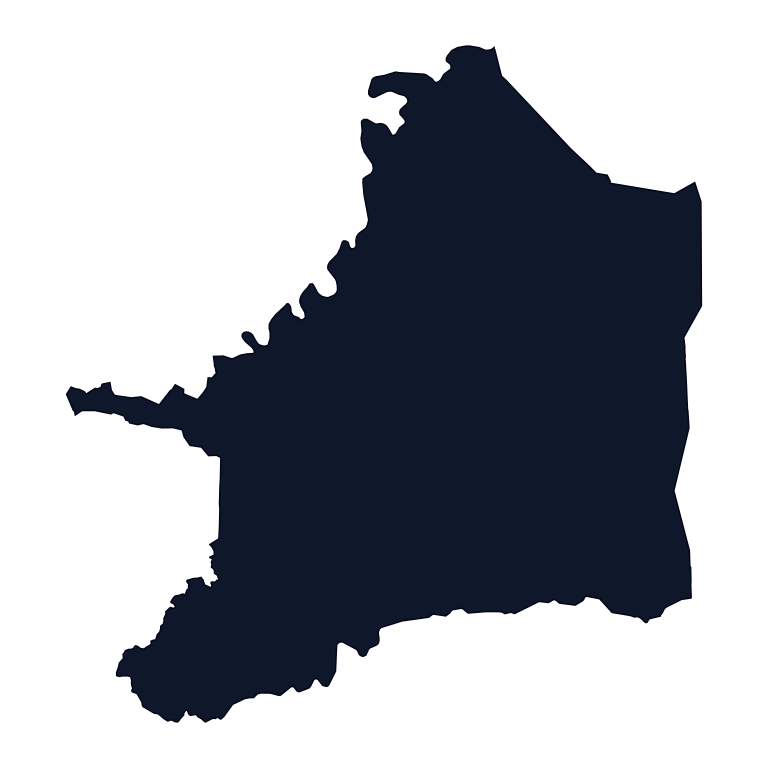 outline of Vijciema pag., Valkas, Latvia
{"feature_id": "27541924B32036118272462", "entity_name": "Vijciema pag.", "entity_type": "district", "adm_level": 2, "iso_a3": "LVA", "parent_name": "Latvia", "parent_adm1": "Valkas", "projection": "mercator", "projection_center": [25.957, 57.603], "detail": "fine", "context": "isolated", "style": "filled", "palette": "ink", "viewbox_px": 768, "rotation_deg": 0, "n_neighbors": 0, "source": "geoboundaries", "source_scale": "gbopen_adm2", "svg_char_len": 6071}
<svg xmlns="http://www.w3.org/2000/svg" viewBox="0 0 768 768"><path d="M660.2,616.1L660.3,615.2L661.8,613.5L664.2,608.9L665.9,607.2L681.4,599.4L691.0,598.0L691.2,597.5L690.7,585.4L690.9,581.5L690.6,567.4L689.8,566.0L689.4,550.7L673.8,490.8L688.9,427.9L687.8,410.5L687.5,410.4L686.2,379.8L684.9,357.9L685.2,357.2L684.6,348.6L684.8,348.6L684.7,345.8L683.7,337.5L701.4,305.8L700.9,201.8L694.7,182.6L674.4,194.0L610.2,183.3L610.1,181.1L607.2,175.2L595.1,173.2L595.4,172.6L588.6,165.8L570.4,148.7L506.1,80.4L501.4,76.2L494.7,49.5L494.1,48.9L494.1,47.6L491.8,49.3L489.3,50.2L485.3,50.4L479.2,47.7L469.3,46.1L465.6,46.2L457.6,47.6L451.8,50.6L447.6,55.9L446.4,58.5L446.4,60.9L450.5,64.3L451.2,66.3L450.8,69.2L443.9,74.3L441.0,79.6L439.1,81.4L437.3,82.3L435.8,82.6L434.3,81.7L432.0,78.8L426.6,75.2L424.3,74.2L399.2,72.7L395.7,72.1L384.5,75.5L375.7,77.0L373.3,78.2L372.1,79.6L368.7,91.0L368.8,94.1L369.8,95.8L371.9,97.1L374.3,97.4L385.1,92.2L387.4,91.2L389.6,91.0L392.1,91.1L398.7,94.0L404.5,95.5L406.9,97.7L407.6,99.0L408.0,100.7L407.7,102.6L406.1,104.6L401.6,108.5L400.2,110.2L399.8,112.4L400.2,114.5L404.1,118.7L405.2,120.5L405.5,122.0L404.9,123.7L399.6,127.9L396.6,133.3L395.6,134.5L393.7,135.5L392.1,135.2L391.6,134.7L388.4,129.0L386.0,125.8L383.6,124.3L380.7,123.6L376.6,124.2L374.8,123.8L367.2,119.5L363.7,119.5L362.0,120.8L361.5,122.1L362.2,131.4L361.1,138.6L362.3,146.3L364.4,151.9L372.5,163.8L373.3,167.6L372.9,170.9L371.1,173.6L364.8,177.5L363.1,179.0L363.0,182.9L364.1,195.0L368.7,219.7L367.6,224.6L365.9,228.2L359.4,233.0L357.7,234.9L356.5,237.1L355.9,240.7L356.2,245.7L354.9,248.0L352.3,249.0L351.0,248.6L349.8,247.3L348.9,245.3L348.3,242.5L345.8,241.0L343.5,240.9L342.3,242.2L340.0,249.1L337.2,254.5L329.6,262.2L328.4,264.4L327.9,266.1L327.8,267.9L328.2,269.5L335.4,278.7L336.6,281.2L337.4,285.9L337.5,289.7L337.2,291.4L336.4,292.9L334.3,295.1L328.5,297.6L326.8,297.7L322.2,296.6L318.7,294.1L317.3,292.3L313.3,284.8L312.1,283.8L309.9,284.2L308.0,287.2L303.8,291.8L301.5,295.2L300.3,298.2L299.9,300.3L299.9,302.3L301.3,306.3L304.8,312.3L305.4,316.5L304.8,318.3L302.5,319.7L301.0,320.0L298.9,318.6L298.7,317.8L294.6,316.4L292.8,315.2L291.0,312.1L290.7,307.7L289.7,305.4L288.3,303.8L286.8,303.9L285.5,305.6L275.6,314.8L271.8,319.7L269.4,324.1L269.2,328.5L270.2,332.0L270.2,338.5L268.0,345.5L264.1,346.3L259.7,345.1L258.5,344.4L256.3,341.7L252.5,335.0L251.1,333.6L248.8,332.4L246.5,332.0L244.0,332.6L242.5,334.1L242.1,336.2L243.1,338.4L245.1,341.2L252.2,347.4L253.6,349.4L254.5,352.2L254.2,352.8L253.0,353.6L246.5,354.0L240.4,355.2L233.2,358.6L231.4,358.8L223.2,356.1L213.5,356.4L214.6,364.8L214.4,365.0L215.6,369.0L215.9,371.6L216.8,372.7L212.0,378.1L208.2,377.9L207.0,387.4L203.1,393.2L197.5,399.7L183.5,393.8L183.6,389.3L175.2,384.8L172.0,389.9L170.4,390.6L159.2,405.0L141.1,396.9L131.3,397.9L116.5,395.8L114.1,395.0L111.2,390.3L109.9,382.6L102.5,384.1L101.9,384.8L101.1,387.5L97.6,388.8L95.2,388.4L86.0,394.2L84.4,391.8L83.6,391.4L79.3,389.4L75.3,388.8L71.1,387.1L66.6,394.3L73.5,410.6L74.6,410.7L75.3,415.0L81.9,410.5L94.9,410.5L110.8,413.8L113.6,412.4L124.2,416.1L125.6,419.9L129.0,421.0L129.5,422.8L137.7,424.7L143.6,423.3L151.8,426.2L162.0,427.8L172.9,427.6L182.2,429.8L184.1,436.8L190.1,445.4L201.5,447.1L208.6,455.6L216.5,455.3L220.9,457.5L220.4,480.0L220.0,485.8L219.5,504.0L219.9,508.7L219.5,526.0L218.9,538.8L209.9,544.5L212.2,547.1L214.2,551.0L214.3,555.1L209.9,557.1L210.0,557.7L212.0,558.4L212.6,559.2L211.4,562.5L212.0,564.2L211.5,567.2L213.8,568.9L214.5,571.0L214.5,573.3L217.0,574.9L217.9,576.0L218.0,577.4L219.1,578.8L219.0,580.0L217.1,580.3L215.1,582.3L212.1,582.0L211.1,582.5L211.1,583.1L212.0,585.5L211.4,587.3L210.7,587.7L203.9,584.6L203.8,584.2L204.2,583.2L203.3,581.8L203.2,580.2L200.9,577.4L197.6,578.3L193.6,578.5L187.3,580.3L186.7,581.4L188.7,584.1L188.9,585.0L188.5,586.1L189.0,587.9L186.9,590.2L185.4,594.6L184.9,594.9L183.1,594.1L181.9,594.2L179.8,595.2L175.9,595.9L174.6,596.4L172.4,599.2L170.9,601.8L171.0,602.3L174.0,604.0L175.6,606.7L175.3,607.5L173.9,608.4L170.1,607.6L165.8,611.7L165.7,612.2L166.2,613.7L164.0,618.4L164.1,621.5L163.6,622.5L163.9,623.6L161.1,625.8L160.8,626.4L160.7,629.1L159.7,632.2L157.5,634.4L155.7,640.1L153.9,640.1L151.0,641.2L151.3,643.9L150.9,644.7L146.7,647.0L144.2,649.0L140.7,648.7L137.3,646.3L135.3,645.8L133.6,648.2L132.0,649.3L128.4,649.5L125.4,650.7L124.3,652.9L123.1,654.2L123.5,658.4L119.5,662.9L118.4,667.5L116.6,672.7L116.7,675.6L119.4,676.5L121.5,675.9L127.7,675.8L130.4,676.5L130.8,677.0L131.4,679.2L131.8,680.7L131.5,682.8L132.0,686.2L132.9,688.3L132.0,690.0L131.9,690.9L132.3,691.8L137.1,693.5L142.0,702.2L142.3,704.8L143.2,706.7L154.2,713.1L158.3,713.8L164.5,719.0L167.9,721.0L169.7,720.2L171.8,720.0L175.4,721.7L177.5,721.9L178.8,720.9L180.4,718.5L183.4,715.3L183.7,714.8L183.5,713.6L185.3,710.6L186.6,710.1L187.7,710.8L188.4,713.1L189.4,714.7L190.3,715.3L196.3,714.4L197.9,716.7L201.6,718.7L204.7,721.6L205.6,721.9L212.7,718.2L215.3,718.4L217.9,717.0L219.5,718.5L220.8,719.0L223.6,716.7L232.6,704.3L244.6,698.6L249.6,697.6L253.5,697.6L257.4,693.8L260.9,692.9L270.5,693.1L278.7,695.3L280.6,695.1L290.7,686.9L292.3,686.4L293.7,686.8L297.4,691.3L299.2,691.7L308.9,688.0L310.5,686.1L313.9,679.4L315.9,678.5L318.0,679.3L322.6,685.3L326.0,686.3L327.5,686.1L328.8,684.7L335.5,671.2L336.6,645.3L337.3,643.9L339.1,642.2L342.1,641.7L355.4,648.7L357.3,650.0L359.5,654.6L360.4,655.3L362.3,656.2L363.4,656.2L365.9,655.0L368.5,649.2L369.4,648.1L376.2,645.1L377.8,643.8L378.6,642.1L378.9,640.5L378.8,637.4L378.2,633.9L378.4,631.4L379.6,628.8L380.9,627.5L402.1,620.9L428.6,617.2L432.6,614.3L433.4,614.1L445.8,615.9L449.6,613.0L451.6,610.3L453.0,609.6L460.7,608.3L462.7,608.5L467.5,612.6L468.6,613.0L485.3,611.6L498.9,611.6L501.8,611.9L504.9,613.6L510.9,612.2L514.6,613.5L539.0,601.4L548.4,602.5L554.0,599.3L556.1,600.3L559.6,603.1L575.2,605.1L582.6,600.7L583.6,599.5L584.8,596.9L586.4,596.2L599.6,598.7L612.2,612.5L630.1,615.4L634.8,617.0L636.8,616.4L639.6,617.4L641.7,618.8L644.4,621.7L646.0,622.6L647.1,622.2L648.5,619.7L649.6,618.6L660.2,616.1Z" fill="#0f172a" stroke="#020617" stroke-width="1.5"/></svg>